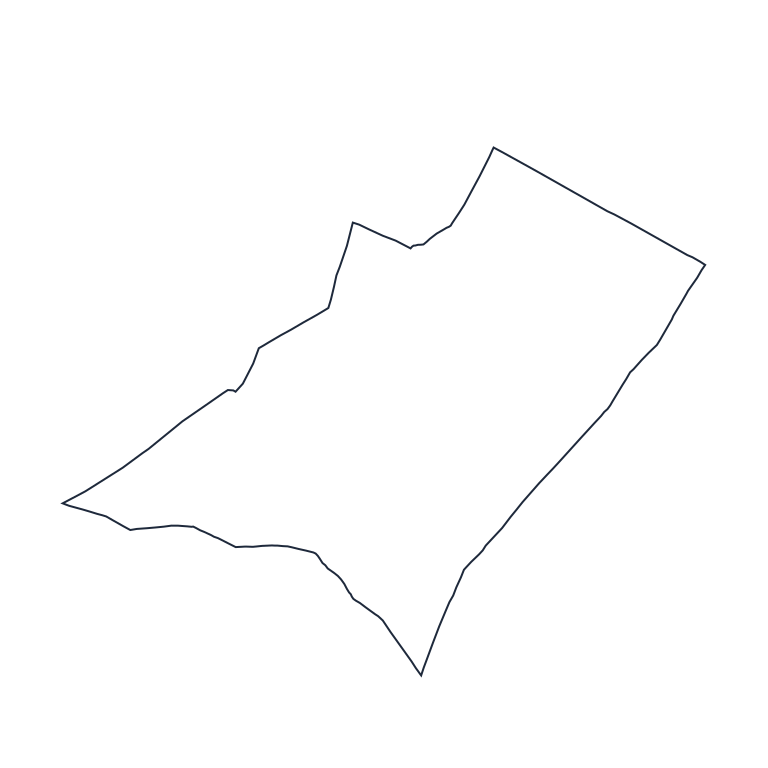 the district of Al-Chibayish, Dhi-Qar, Iraq, rotated 30°
{"feature_id": "34846034B42892596396596", "entity_name": "Al-Chibayish", "entity_type": "district", "adm_level": 2, "iso_a3": "IRQ", "parent_name": "Iraq", "parent_adm1": "Dhi-Qar", "projection": "equal_earth", "projection_center": [46.896, 30.862], "detail": "fine", "context": "isolated", "style": "outline", "palette": "slate", "viewbox_px": 768, "rotation_deg": 30, "n_neighbors": 0, "source": "geoboundaries", "source_scale": "gbopen_adm2", "svg_char_len": 2469}
<svg xmlns="http://www.w3.org/2000/svg" viewBox="0 0 768 768"><g transform="rotate(30 384 384)"><path d="M165.4,648.0L168.1,647.6L172.3,646.9L185.6,643.4L192.6,641.7L200.5,639.9L205.7,638.5L209.7,637.6L217.2,637.6L229.3,637.5L237.3,637.3L242.4,633.1L250.7,627.5L257.7,622.6L264.7,617.6L270.8,612.9L276.2,609.8L281.0,607.5L284.7,605.7L288.9,603.8L290.0,602.9L293.0,602.7L298.0,602.6L302.2,602.0L309.9,601.3L313.1,601.3L317.2,600.5L320.5,600.3L328.3,599.9L333.7,599.6L337.1,599.4L345.4,594.0L351.8,590.6L354.9,588.4L359.3,585.2L367.6,579.9L370.7,578.3L372.8,577.1L377.6,574.9L381.7,572.8L385.8,571.5L392.4,569.6L399.7,567.3L407.1,565.2L409.6,565.0L412.6,565.9L415.9,567.5L420.3,569.8L423.8,570.3L427.5,571.9L435.4,572.6L440.1,573.3L444.5,574.7L449.6,577.0L454.5,580.1L458.0,582.0L460.4,582.7L462.4,584.2L464.9,585.4L468.0,585.7L472.6,585.7L479.0,586.5L481.8,586.8L491.1,587.8L495.0,588.0L501.2,589.4L513.8,595.6L528.8,602.4L546.6,610.5L553.6,614.1L560.3,617.1L561.9,617.8L560.2,609.6L559.1,603.0L555.8,583.7L553.0,566.3L552.0,558.5L550.8,549.1L549.7,540.1L549.7,532.6L548.3,523.9L547.3,513.0L546.1,504.9L546.8,501.7L548.5,494.3L551.5,484.0L552.7,478.7L552.9,473.1L558.3,449.7L560.1,435.7L561.7,426.0L562.0,423.9L563.1,416.7L568.0,392.1L570.7,380.7L572.7,372.5L575.0,362.2L581.5,332.0L585.7,313.0L588.0,303.1L588.7,298.1L590.1,294.0L590.6,289.4L590.6,284.7L591.0,265.4L591.3,258.6L591.3,253.3L591.3,250.8L592.7,246.4L593.6,242.0L595.2,234.3L597.6,224.7L600.8,213.8L601.0,207.3L601.0,201.0L601.0,193.6L601.0,188.0L601.0,184.2L600.5,180.2L600.8,166.5L600.8,159.7L600.8,157.2L600.8,154.7L600.7,151.3L602.1,135.4L602.1,126.7L602.6,120.3L597.0,120.0L590.9,120.0L587.8,120.0L582.2,120.7L518.0,121.4L498.7,122.0L491.0,122.7L443.0,123.1L410.0,123.4L370.3,124.1L360.7,124.4L360.9,126.9L361.7,134.9L362.9,156.2L363.4,173.8L363.9,188.5L363.4,198.8L362.9,206.1L362.6,210.8L362.6,213.5L361.6,215.5L360.1,217.4L358.6,220.1L354.4,227.4L351.1,235.4L349.9,239.4L348.4,243.4L346.1,245.1L343.9,246.4L341.9,248.4L340.4,249.4L339.6,251.1L339.2,253.3L338.7,253.3L322.4,254.0L308.9,256.2L293.7,257.6L282.8,258.4L276.3,259.8L282.8,282.9L287.1,304.6L288.5,313.7L292.1,324.9L295.8,337.4L297.8,346.0L291.2,357.9L283.4,371.0L276.3,383.5L270.3,393.3L263.5,405.3L260.7,410.4L257.7,415.6L260.5,431.7L261.6,454.3L259.3,464.9L256.7,464.9L251.8,467.3L249.1,472.6L240.2,491.6L228.1,517.1L212.5,558.1L209.4,564.6L199.6,587.1L179.0,626.3L165.4,648.0Z" fill="none" stroke="#1e293b" stroke-width="2"/></g></svg>